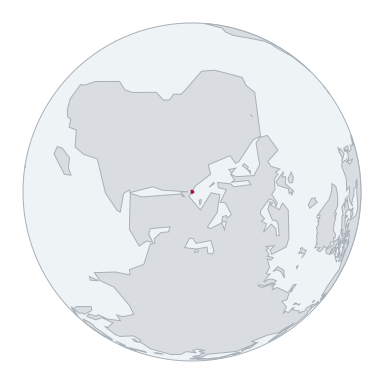 globe centered on Ad Daqahliyah, rotated 122°
{"feature_id": "EGY-1537", "entity_name": "Ad Daqahliyah", "entity_type": "Governorate", "adm_level": 1, "iso_a3": "EGY", "parent_name": "Egypt", "parent_adm1": "", "projection": "orthographic", "projection_center": [31.652, 31.05], "detail": "fine", "context": "on_globe", "style": "filled", "palette": "rose", "viewbox_px": 384, "rotation_deg": 122, "n_neighbors": 0, "source": "natural_earth", "source_scale": "10m", "svg_char_len": 10789}
<svg xmlns="http://www.w3.org/2000/svg" viewBox="0 0 384 384"><g transform="rotate(122 192 192)"><circle cx="192" cy="192" r="169" fill="#eef3f6" stroke="#a8b0b8"/><path d="M170.3,24.4L190.2,23.1L197.1,23.1L195.2,23.2L201.7,23.3L205.5,23.6L205.2,23.6L212.7,24.3L216.3,25.0L215.6,25.2L208.1,24.5L207.5,24.8L212.8,25.4L215.5,26.3L207.8,25.3L211.7,27.0L199.7,27.3L179.5,26.2L172.5,28.2L150.7,32.5L152.3,32.9L145.1,35.5L144.3,37.1L140.5,37.9L143.1,38.6L146.7,37.6L149.1,37.7L149.0,38.7L144.1,39.7L143.4,39.3L141.9,40.2L139.5,40.3L140.6,40.8L134.7,42.2L140.3,42.4L135.4,44.8L131.5,45.4L132.3,43.2L125.4,40.7L121.8,41.4L115.8,44.0L103.7,53.0L99.5,55.0L93.6,59.1L95.6,58.7L101.1,55.5L103.5,56.2L109.9,52.6L111.8,52.6L118.1,50.1L116.7,52.9L111.8,57.1L106.5,59.5L104.2,61.5L108.9,61.5L98.5,68.6L91.1,78.3L88.4,80.2L84.0,79.1L85.0,72.9L79.2,73.3L82.4,75.7L75.8,81.0L74.5,83.2L74.6,84.7L76.9,83.9L74.5,86.5L70.4,84.6L72.5,82.1L73.8,82.6L74.2,80.0L71.4,79.6L68.3,82.7L67.4,80.1L65.2,82.4L63.7,83.5L67.4,79.7L60.8,86.7L59.4,87.3L67.1,78.2L75.4,69.7L84.3,61.8L93.7,54.6L103.6,48.0L113.9,42.2L124.6,37.0L135.7,32.7L147.0,29.1L158.6,26.4L170.3,24.4ZM27.0,155.5L26.3,159.8L26.0,160.9L24.0,178.8L24.8,192.0L24.9,200.3L24.5,203.0L25.5,207.3L25.5,209.9L31.9,226.7L37.3,239.8L38.6,248.6L37.0,253.3L42.4,270.3L41.8,269.4L36.3,257.6L31.7,245.4L28.1,232.9L25.4,220.2L23.7,207.3L23.1,194.3L23.4,181.3L24.7,168.3L27.0,155.5ZM216.9,25.0L218.1,25.2L219.5,25.5L216.9,25.0ZM118.5,48.8L118.3,49.5L117.2,49.6L118.5,48.8ZM121.4,47.3L120.3,47.0L121.6,46.2L122.2,46.4L121.4,47.3ZM219.7,26.1L221.6,26.8L218.4,26.0L219.7,26.1ZM122.5,47.9L123.9,44.9L126.1,43.7L130.4,43.5L122.5,47.9ZM221.9,27.1L226.6,29.2L229.5,29.5L223.8,30.3L221.7,28.0L217.3,26.8L220.8,27.3L221.9,27.1ZM148.0,36.9L144.1,37.9L147.4,36.2L148.0,36.9ZM149.5,35.8L156.5,31.2L162.2,30.4L158.7,32.0L166.1,30.6L165.5,32.4L161.2,33.6L157.7,33.6L160.1,34.4L149.5,35.8ZM219.9,30.6L219.9,31.2L218.5,30.5L219.9,30.6ZM150.3,37.6L151.2,36.6L156.2,35.8L155.3,37.7L154.0,37.3L150.3,37.6ZM168.4,29.4L171.9,29.4L172.4,30.8L173.8,31.0L165.9,32.4L168.4,29.4ZM152.8,38.0L154.7,38.7L152.2,40.1L149.8,38.5L152.8,38.0ZM157.9,34.9L160.2,34.6L158.6,35.3L157.9,34.9ZM144.5,45.8L145.5,44.3L148.2,43.7L144.5,45.8ZM155.6,38.9L156.4,38.4L157.6,38.1L158.3,38.9L155.6,38.9ZM166.8,33.4L166.2,34.1L170.0,32.9L170.5,34.2L165.2,35.0L167.7,35.1L167.8,35.6L163.3,35.8L166.8,33.4ZM162.6,38.8L155.9,40.7L153.6,43.4L151.1,43.9L155.4,39.5L162.6,38.8ZM163.4,37.0L162.3,38.2L159.8,38.1L159.0,37.2L163.4,37.0ZM172.8,34.8L173.4,32.7L174.6,32.6L172.8,34.8ZM162.4,39.6L164.0,39.2L162.5,39.8L162.4,39.6ZM170.1,36.2L170.2,35.4L171.5,35.4L170.1,36.2ZM167.1,39.1L165.0,39.6L164.4,39.0L167.1,39.1ZM168.9,37.8L170.7,37.9L165.4,38.4L168.7,37.4L168.9,37.8ZM171.3,36.3L172.1,36.0L171.1,36.7L171.3,36.3ZM170.7,41.5L164.3,42.3L162.9,40.7L169.4,40.1L170.7,41.5ZM76.8,237.6L68.2,210.2L73.0,202.6L74.3,191.5L108.4,163.5L115.1,167.8L141.4,168.4L144.6,170.3L141.0,179.0L160.3,192.5L167.1,185.6L185.1,192.4L197.4,192.2L202.7,175.3L182.5,175.3L179.5,167.0L196.1,159.8L213.7,160.3L213.2,157.1L202.4,150.3L206.9,144.3L198.7,147.5L201.7,150.7L196.7,153.1L193.7,150.3L195.4,148.2L190.2,146.7L183.4,158.1L185.7,162.6L171.8,164.1L174.3,172.0L170.3,175.3L164.6,163.5L165.5,159.3L154.6,146.0L152.4,150.4L162.6,163.5L159.2,162.2L156.3,169.1L155.8,162.9L145.3,148.2L133.0,149.1L116.6,163.6L109.6,163.3L104.1,158.1L110.9,141.3L125.8,143.9L128.4,138.7L126.0,129.7L130.8,131.5L131.6,128.4L137.3,129.1L146.0,122.9L151.9,123.1L156.0,114.0L159.6,113.0L156.1,118.6L156.9,122.8L171.6,123.9L174.6,122.1L176.1,116.3L179.9,117.6L179.5,111.9L188.3,110.1L177.2,107.7L178.6,101.5L184.3,97.2L182.7,94.9L173.5,102.1L171.7,105.4L173.2,108.9L166.4,118.6L161.2,119.8L160.8,108.6L153.4,109.3L156.4,100.8L179.4,85.5L188.7,83.0L202.6,91.3L200.1,95.0L193.8,93.7L199.0,100.3L198.8,97.1L202.0,98.5L204.2,93.5L206.6,94.2L204.6,88.4L207.8,88.8L209.0,92.5L214.9,86.1L221.6,85.9L221.8,84.2L220.1,82.4L229.8,83.7L229.5,82.4L226.2,81.4L223.5,78.3L222.5,73.5L225.9,74.2L226.8,76.0L233.6,81.2L235.3,86.4L236.6,86.2L235.9,82.0L227.6,75.6L226.0,72.5L230.4,75.0L228.7,73.9L229.0,72.6L232.4,72.1L227.8,69.2L226.4,56.1L233.0,54.4L237.0,57.8L239.6,50.9L246.8,50.5L243.8,49.5L243.0,46.1L240.7,46.1L239.2,45.4L236.0,37.9L237.9,37.1L233.1,33.6L231.6,33.2L229.9,33.6L223.8,30.3L229.5,29.5L232.8,30.3L234.1,29.6L241.4,32.0L248.0,34.0L255.1,37.6L259.8,39.2L259.7,38.8L266.0,41.1L278.9,47.9L268.5,44.0L249.1,36.2L257.1,39.3L255.3,39.3L258.1,40.9L263.7,43.3L264.4,43.1L273.4,52.1L286.9,62.1L285.9,58.6L289.4,59.6L303.9,70.2L321.2,92.6L326.1,95.8L329.1,99.6L330.9,104.2L326.6,98.8L324.8,99.0L322.0,95.5L323.5,101.8L319.6,97.2L322.7,104.8L326.0,107.3L326.1,103.1L330.4,112.3L335.8,115.6L340.9,123.5L347.0,144.0L346.5,154.5L347.4,157.6L344.9,156.8L345.0,165.4L352.6,176.5L353.6,181.1L352.2,194.8L351.5,191.6L344.9,189.6L346.2,201.6L351.3,205.9L353.2,214.8L350.3,215.2L348.1,207.5L345.7,206.5L344.6,196.5L339.1,184.4L336.1,190.6L334.6,184.8L326.6,176.5L321.3,185.1L314.0,207.7L315.9,223.1L312.1,232.0L300.4,214.5L295.2,200.6L291.0,203.9L278.9,194.5L258.1,199.8L255.2,196.3L251.2,199.2L242.8,196.8L238.3,190.8L233.1,192.1L245.1,207.8L250.7,206.4L255.3,198.6L257.6,204.5L265.8,208.1L256.7,225.4L225.8,243.6L222.9,232.1L199.8,200.7L200.5,196.9L200.4,196.4L200.1,195.7L197.9,202.0L194.0,195.5L206.2,218.2L208.3,228.0L225.4,244.3L223.7,246.3L229.3,249.3L247.1,242.2L247.1,246.1L238.7,264.9L214.1,289.9L217.5,303.6L215.8,315.0L200.7,322.9L202.2,330.5L194.5,333.3L194.1,337.3L188.0,341.4L177.7,344.7L159.9,343.4L158.6,340.1L149.4,332.3L136.6,312.0L140.9,303.2L139.2,295.3L126.4,275.1L129.2,265.0L125.8,259.8L118.8,259.5L114.9,253.1L110.7,252.0L84.6,247.9L76.8,237.6ZM96.2,180.4L95.2,183.6L96.2,180.4ZM232.4,169.6L243.0,168.7L238.3,158.7L242.0,157.7L239.1,154.8L237.9,158.0L230.8,150.0L235.4,146.3L234.1,141.9L230.5,142.0L223.2,150.3L233.4,161.4L230.9,166.1L232.4,169.6ZM26.3,160.0L25.8,162.7L26.0,161.2L26.3,160.0ZM33.7,133.4L32.8,136.3L33.2,134.7L33.7,133.4ZM36.0,127.1L34.3,131.5L34.6,130.6L36.0,127.1ZM76.1,81.1L76.3,81.4L75.8,83.3L74.9,83.2L76.1,81.1ZM80.4,88.2L76.5,92.2L78.7,89.0L76.7,89.4L78.7,83.5L87.2,80.8L83.0,82.9L80.4,88.2ZM83.9,75.5L81.6,79.1L83.7,75.3L83.9,75.5ZM130.9,111.8L132.6,114.3L130.1,117.5L122.6,118.5L126.2,113.6L130.9,111.8ZM135.6,117.1L137.3,106.3L142.0,105.7L139.1,107.8L142.0,108.5L138.1,112.1L140.9,122.5L138.8,126.2L126.2,125.2L131.5,123.3L129.5,120.9L135.6,117.1ZM133.4,83.9L134.2,80.3L143.3,83.4L141.5,86.5L134.0,87.3L131.7,84.2L133.4,83.9ZM130.0,48.6L129.7,47.8L131.1,47.4L132.4,47.8L130.0,48.6ZM144.8,45.1L132.6,52.1L131.7,51.4L125.7,56.8L120.9,57.2L125.0,53.6L116.8,58.3L118.5,55.2L113.2,58.7L122.7,50.6L123.9,48.3L124.4,50.6L128.8,50.2L131.0,49.3L138.3,45.4L143.1,40.9L148.2,40.1L150.6,40.8L150.2,41.8L147.0,41.9L148.8,43.1L143.9,44.1L144.8,45.1ZM175.0,55.1L171.5,53.9L174.3,58.4L169.4,58.6L170.0,59.1L166.3,60.6L162.8,63.5L160.7,63.2L160.2,64.5L157.7,65.7L156.4,67.5L152.1,67.6L150.2,69.9L149.3,68.7L147.1,72.6L146.8,69.8L143.5,71.4L145.5,73.3L125.5,71.8L117.3,74.1L110.6,77.7L111.0,73.0L117.5,66.8L126.7,61.1L134.5,59.9L133.3,58.3L136.6,57.3L136.2,59.0L138.9,55.8L141.5,55.5L149.7,51.8L151.9,47.8L155.0,46.5L155.5,48.0L158.2,45.7L161.2,47.7L163.4,46.9L168.6,48.2L168.2,51.8L170.8,50.7L174.8,51.9L175.0,55.1ZM172.1,42.0L172.7,45.7L170.4,47.8L162.3,44.6L159.9,45.1L154.6,43.6L158.2,40.7L159.3,41.4L161.3,41.4L159.4,42.2L162.4,41.5L164.1,42.5L166.9,42.3L166.3,43.5L172.1,42.0ZM148.5,167.4L151.1,168.1L155.1,168.2L153.4,172.7L148.5,167.4ZM141.1,157.5L143.5,157.2L143.0,163.2L140.3,162.7L141.1,157.5ZM145.2,152.2L143.6,156.8L142.9,154.0L145.2,152.2ZM158.3,118.1L160.9,117.7L161.0,119.1L159.4,121.1L158.3,118.1ZM182.3,70.3L180.7,68.9L181.5,68.3L181.0,64.2L184.6,64.0L186.3,66.4L182.3,70.3ZM199.0,178.3L195.2,181.6L193.5,180.1L195.1,179.2L199.0,178.3ZM173.0,177.6L178.8,180.0L172.5,178.8L173.0,177.6ZM186.2,69.4L185.5,67.7L187.7,68.7L186.2,69.4ZM187.2,63.7L189.8,64.4L185.0,63.5L187.2,63.7ZM259.7,346.5L260.2,346.4L257.8,347.4L259.7,346.5ZM244.6,309.6L232.8,329.2L224.9,330.3L223.5,325.5L227.9,314.0L237.2,309.5L241.8,303.5L244.6,309.6ZM358.3,222.0L354.9,231.5L353.0,233.5L353.9,230.2L356.9,224.7L358.3,222.0ZM353.7,230.4L350.3,229.2L342.7,216.7L345.5,214.3L352.9,218.4L352.5,221.0L354.5,223.1L353.7,230.4ZM360.2,203.5L359.8,210.5L358.3,215.3L357.4,216.7L356.8,210.1L357.2,205.0L358.1,203.2L359.2,181.4L360.1,182.1L360.2,190.4L360.8,193.8L360.2,203.5ZM316.7,224.2L320.6,231.3L318.2,234.2L316.7,224.2ZM358.0,168.4L358.7,177.7L357.5,166.7L358.0,168.4ZM356.3,159.1L357.1,162.0L356.3,160.3L356.3,159.1ZM349.0,161.8L348.1,164.6L347.3,162.5L347.8,157.7L349.0,161.8ZM344.8,130.4L347.8,136.6L348.7,139.1L346.8,136.3L344.8,130.4ZM215.9,68.1L212.6,73.7L212.6,78.2L216.4,81.3L209.7,79.6L209.7,72.6L215.9,68.1ZM224.7,57.3L221.4,55.1L223.7,54.8L224.8,55.3L224.7,57.3ZM222.1,56.9L216.4,56.7L215.2,54.7L219.9,55.2L222.1,56.9ZM201.3,62.4L200.0,64.0L198.3,63.1L201.3,62.4ZM360.3,206.6L360.5,203.5L360.9,194.4L360.9,189.9L360.9,187.4L360.9,189.7L360.9,193.6L360.9,196.4L360.3,206.6ZM359.8,171.9L359.3,169.3L359.6,173.5L358.2,161.8L358.9,165.6L359.8,171.9ZM358.1,162.7L358.5,166.5L357.6,160.2L358.1,162.7ZM358.2,165.2L357.3,161.8L357.5,160.7L358.2,165.2ZM358.1,161.8L356.6,155.3L357.4,158.1L358.1,161.8ZM355.1,154.4L356.8,157.0L356.0,158.8L352.2,147.4L352.2,145.3L355.1,154.4ZM331.4,99.3L329.3,96.8L328.3,94.5L330.0,96.9L331.4,99.3ZM323.0,86.0L327.3,93.2L330.4,99.6L331.2,99.7L335.0,105.7L331.9,102.7L327.2,94.6L325.4,90.7L321.8,86.2L318.4,81.6L313.9,77.2L311.3,74.3L314.9,77.2L323.0,86.0ZM312.0,75.5L303.0,67.5L302.6,65.7L304.5,67.1L308.8,71.4L308.8,72.0L312.0,75.5ZM300.7,65.2L300.5,65.8L286.9,58.1L283.9,56.2L294.1,60.4L294.5,61.4L297.9,63.8L300.7,65.2ZM221.8,31.4L220.1,31.2L221.1,30.9L221.8,31.4ZM237.9,45.5L236.0,44.5L237.3,44.0L237.9,45.5ZM231.4,41.6L231.4,42.8L230.0,41.2L231.4,41.6ZM231.5,45.8L230.7,43.2L233.5,46.2L231.5,45.8Z" fill="#d9dde1" stroke="#a8b0b8" stroke-width="1"/><path d="M192.4,191.3L192.5,191.4L192.6,191.5L192.6,191.4L192.6,191.5L192.8,191.5L193.0,191.5L192.9,191.7L192.9,191.8L193.0,191.8L193.0,191.7L193.0,191.8L192.9,191.8L192.7,191.9L192.4,191.9L192.4,192.0L192.2,192.1L192.1,192.3L192.0,192.5L191.9,192.5L191.7,192.7L191.6,192.8L191.5,192.7L191.4,192.7L191.4,192.8L191.3,193.0L191.3,193.3L191.2,193.4L191.0,193.2L191.0,192.9L190.9,192.8L190.9,192.7L191.0,192.6L190.9,192.5L191.0,192.5L191.0,192.4L191.0,192.2L190.9,192.1L190.9,191.8L191.0,191.8L191.1,191.7L191.1,191.4L191.1,191.2L191.0,190.9L191.0,190.7L191.3,190.6L191.7,190.8L191.8,190.8L191.7,191.0L191.8,191.1L191.9,191.3L192.0,191.3L192.0,191.2L192.1,191.3L191.9,191.4L191.9,191.5L192.1,191.5L192.3,191.4L192.4,191.3ZM193.1,191.1L193.3,191.2L193.4,191.3L193.1,191.1L193.1,191.1ZM193.5,191.3L193.4,191.3L193.5,191.3L193.5,191.3Z" fill="#f43f5e" stroke="#9f1239" stroke-width="1.5"/></g></svg>